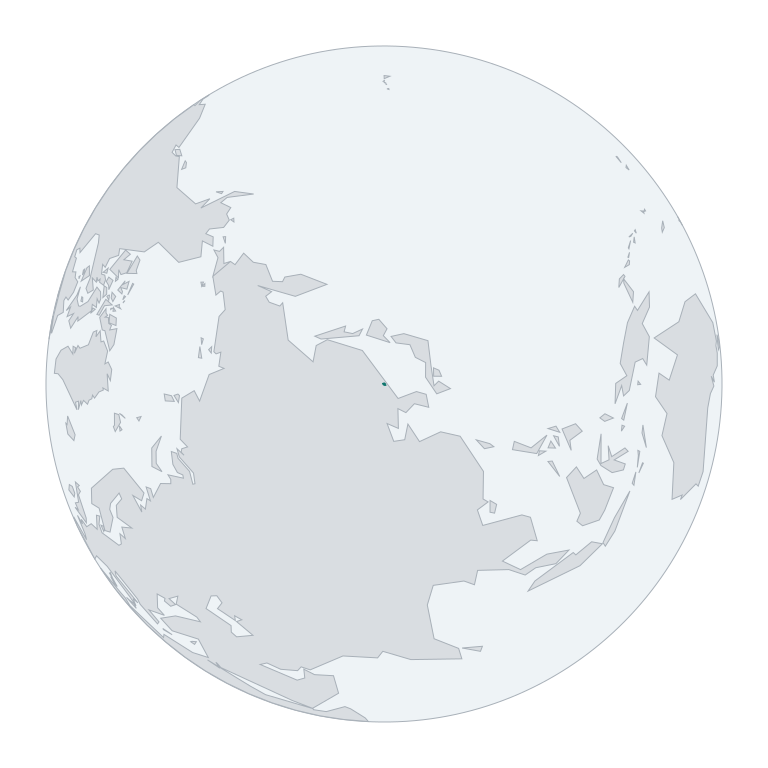 the Earth from above Rasŏn, rotated 275°
{"feature_id": "PRK-5495", "entity_name": "Rasŏn", "entity_type": "Province", "adm_level": 1, "iso_a3": "PRK", "parent_name": "North Korea", "parent_adm1": "", "projection": "orthographic", "projection_center": [130.457, 42.392], "detail": "fine", "context": "on_globe", "style": "filled", "palette": "teal", "viewbox_px": 768, "rotation_deg": 275, "n_neighbors": 0, "source": "natural_earth", "source_scale": "10m", "svg_char_len": 12361}
<svg xmlns="http://www.w3.org/2000/svg" viewBox="0 0 768 768"><g transform="rotate(275 384 384)"><circle cx="384" cy="384" r="338" fill="#eef3f6" stroke="#a8b0b8"/><path d="M631.1,595.1L630.8,596.4L630.5,596.8L631.1,595.1ZM645.7,170.3L644.8,171.4L650.1,175.7L656.6,184.3L656.2,184.3L652.1,178.9L646.2,175.6L647.1,181.5L632.7,177.1L601.8,159.1L604.0,156.0L596.3,152.7L593.0,156.7L592.7,160.3L561.6,160.6L547.0,180.6L553.4,194.4L543.3,186.2L562.8,218.4L561.9,237.6L556.2,211.5L550.4,205.6L546.4,216.0L539.6,212.4L533.8,215.6L526.0,210.6L523.2,196.6L518.2,193.4L515.7,201.0L506.3,201.5L510.7,190.6L494.8,190.5L487.3,168.9L505.5,146.8L494.7,133.7L495.8,108.9L489.0,108.4L485.1,99.7L475.9,96.1L478.7,93.3L468.9,93.0L468.1,96.4L463.5,97.5L457.9,96.0L460.6,91.8L463.8,92.0L461.7,90.0L465.4,88.8L460.4,88.5L464.3,84.2L452.3,86.2L448.6,81.0L453.3,78.8L463.4,81.9L499.6,87.2L507.6,87.3L508.6,83.6L488.4,69.7L492.8,69.2L491.0,66.3L483.8,64.8L482.6,66.6L468.6,63.9L468.8,67.3L463.1,67.0L459.1,70.0L448.3,66.7L440.1,62.0L442.9,59.6L439.3,57.8L427.4,58.2L423.8,52.9L405.9,48.5L406.2,47.9L423.3,48.9L446.7,52.7L469.0,57.0L443.0,51.6L444.1,51.5L467.4,56.5L490.4,63.3L512.8,71.6L534.5,81.4L555.5,92.8L575.7,105.7L594.8,119.9L613.0,135.5L630.0,152.3L645.7,170.3ZM691.1,363.0L688.2,357.6L691.3,357.2L691.1,363.0ZM685.6,356.9L686.8,358.2L685.6,357.7L685.6,356.9ZM684.1,358.3L685.2,357.3L684.2,359.1L684.1,358.3ZM682.4,360.9L683.2,359.2L683.2,359.7L682.4,360.9ZM678.8,363.0L677.8,363.3L678.3,361.2L678.8,363.0ZM593.7,162.7L593.7,157.3L599.2,155.4L600.0,160.1L593.7,162.7ZM582.1,167.7L580.2,163.7L589.0,166.5L587.4,167.9L582.1,167.7ZM559.5,205.6L560.8,199.9L561.8,206.8L559.5,205.6ZM534.3,217.0L536.1,219.9L532.3,220.4L534.3,217.0ZM465.2,71.8L462.2,70.9L464.6,70.8L465.2,71.8ZM466.3,74.1L471.2,74.6L472.4,75.8L469.4,75.5L466.3,74.1ZM517.0,213.4L510.3,213.7L516.6,210.9L517.0,213.4ZM460.1,73.4L474.0,78.0L476.0,80.2L466.3,81.1L460.1,73.4ZM506.2,212.3L490.1,214.0L492.7,220.4L476.3,204.1L495.4,207.6L502.7,202.9L501.8,208.6L506.2,212.3ZM470.2,98.2L470.8,94.5L475.4,99.1L470.2,98.2ZM474.3,100.9L494.9,114.9L491.2,120.0L485.1,114.0L484.4,122.4L472.4,118.0L470.1,112.4L474.8,109.8L466.6,110.2L474.3,100.9ZM469.8,195.3L465.5,193.9L469.5,192.7L469.8,195.3ZM462.0,98.4L466.5,100.5L463.6,105.0L454.0,101.6L458.0,101.2L462.0,98.4ZM490.0,127.1L486.2,130.1L475.5,127.3L472.5,128.2L471.8,118.3L490.0,127.1ZM455.9,99.4L449.3,99.9L445.6,96.4L457.4,96.7L455.9,99.4ZM466.9,107.7L465.0,109.8L462.9,107.5L466.9,107.7ZM428.8,85.5L434.3,87.4L433.3,89.8L428.8,85.5ZM447.1,100.3L448.3,101.5L448.6,102.8L443.5,102.5L447.1,100.3ZM464.3,117.2L460.6,115.6L464.0,121.1L456.1,119.6L457.1,113.4L453.3,115.4L450.9,115.0L454.4,110.6L464.3,117.2ZM439.1,106.3L437.6,98.7L427.7,94.3L428.3,91.9L444.1,99.5L439.1,106.3ZM447.8,109.1L442.5,106.7L446.0,104.7L451.7,105.1L447.8,109.1ZM450.4,120.9L462.3,124.8L461.7,126.0L450.4,120.9ZM435.5,105.3L436.0,107.2L434.4,105.2L435.5,105.3ZM445.1,116.4L449.3,117.5L448.5,118.9L445.1,116.4ZM433.3,110.3L432.8,107.7L436.7,107.8L433.3,110.3ZM438.1,113.4L436.0,115.1L438.3,109.4L440.2,113.6L438.1,113.4ZM443.6,117.6L444.5,118.7L441.9,116.9L443.6,117.6ZM418.9,111.9L421.0,104.8L429.5,104.7L426.4,111.6L418.9,111.9ZM176.0,117.7L153.6,139.5L148.5,144.8L141.1,150.2L112.2,186.5L115.4,186.6L99.8,216.8L96.2,232.8L113.7,221.3L119.7,194.5L131.2,182.0L134.8,196.5L131.1,221.8L135.5,217.8L146.6,196.2L154.7,197.1L151.5,188.6L146.1,195.6L144.0,190.9L148.7,184.2L151.4,184.5L155.1,176.3L141.3,178.0L134.4,185.4L138.5,169.5L127.4,180.6L125.3,179.3L143.3,160.3L148.4,157.2L174.4,132.3L169.4,133.9L144.5,157.9L148.3,152.7L141.4,156.3L149.6,149.6L178.2,124.2L187.8,112.6L184.5,111.2L184.9,110.9L215.7,90.9L224.7,86.4L203.0,101.3L208.6,99.3L226.4,90.1L218.3,95.8L222.8,94.3L215.9,100.3L219.3,104.5L214.3,110.9L228.2,109.0L227.6,112.4L219.5,112.3L211.2,116.1L200.2,134.0L201.8,136.3L211.8,134.0L207.5,139.8L218.6,135.3L218.5,145.4L227.9,129.8L239.8,127.9L246.7,132.7L252.3,129.6L241.2,122.0L235.2,121.7L227.4,125.7L212.6,124.0L213.7,118.8L235.5,111.0L239.4,103.3L254.7,101.6L275.4,121.2L277.5,132.1L254.5,154.4L246.6,152.7L251.1,143.5L235.3,153.9L242.2,152.1L238.6,157.2L249.2,157.8L247.2,161.5L260.7,156.0L259.4,160.7L250.9,164.1L265.4,170.1L266.1,180.3L270.4,179.9L274.7,176.7L272.7,192.4L275.9,191.5L277.8,185.9L285.5,180.7L298.2,178.0L296.8,183.6L292.0,185.3L280.0,197.9L267.5,202.3L268.2,204.4L278.7,202.0L293.5,186.5L301.5,183.4L295.6,191.0L298.4,187.9L301.9,188.2L304.2,193.8L311.2,185.8L352.3,183.8L360.8,195.5L350.9,201.8L378.2,209.0L385.6,223.3L387.3,217.9L401.5,218.7L399.4,214.1L401.3,211.7L436.9,213.8L444.2,219.3L461.5,215.7L462.4,213.2L457.9,208.8L476.3,204.1L492.7,220.4L489.9,225.2L502.1,232.8L493.9,243.2L492.7,255.9L476.6,264.0L477.1,274.0L481.9,275.9L486.1,291.6L478.3,318.5L463.6,288.0L471.1,249.6L466.2,264.0L461.1,258.5L455.5,262.5L452.6,273.4L456.1,276.0L419.4,284.7L399.9,311.4L416.4,313.1L423.2,323.7L415.5,359.5L370.8,399.3L379.3,417.0L377.4,426.9L364.7,430.6L367.0,416.0L357.4,408.3L360.7,400.0L341.0,402.2L344.9,390.5L327.7,398.7L330.3,409.5L346.2,411.3L329.7,424.4L341.3,444.6L338.6,464.4L305.6,490.7L278.1,492.7L275.6,498.0L266.7,488.0L251.7,494.7L265.6,532.8L264.0,541.5L241.2,550.3L241.3,543.8L217.9,517.4L211.0,536.2L228.7,561.1L234.7,582.7L220.0,570.9L214.2,551.2L206.0,541.3L210.0,524.5L206.5,493.5L191.9,491.6L194.7,480.8L187.7,450.6L167.6,446.4L134.6,456.1L127.1,481.4L117.0,485.5L111.8,434.8L117.6,406.1L110.6,401.5L109.5,366.8L92.8,335.4L95.0,326.1L90.9,322.9L90.8,306.0L95.9,291.7L93.8,285.1L81.4,323.3L84.2,330.7L92.9,329.0L88.4,340.1L89.0,359.1L72.0,365.7L54.7,341.1L60.7,320.3L87.3,246.2L90.8,242.6L91.3,242.0L92.1,240.7L86.6,245.2L93.8,232.2L71.3,277.3L64.2,293.1L54.4,341.6L53.4,342.0L52.6,355.0L59.2,373.2L57.5,379.1L49.7,394.4L46.4,397.8L46.3,373.2L47.9,348.6L51.4,324.2L56.7,300.1L63.7,276.4L72.4,253.4L82.7,231.0L94.7,209.4L108.2,188.8L123.1,169.2L139.5,150.8L157.1,133.6L176.0,117.7ZM119.3,259.2L122.2,275.4L134.5,257.8L136.7,262.9L140.1,255.4L135.4,256.5L145.7,237.7L151.9,241.7L158.5,235.9L157.8,230.2L144.8,226.3L130.0,252.7L123.5,253.5L119.3,259.2ZM401.7,46.5L402.6,46.6L404.1,46.7L414.4,47.4L422.9,48.3L407.1,47.8L411.5,47.5L400.6,46.5L399.4,46.4L401.7,46.5ZM438.9,51.1L431.0,49.6L440.3,51.3L438.9,51.1ZM254.8,82.4L248.2,85.5L244.5,85.2L251.0,79.3L256.4,79.3L254.8,82.4ZM239.6,90.1L259.5,85.1L256.3,89.3L254.8,87.7L250.6,90.9L247.0,89.3L224.5,99.0L219.8,99.6L234.3,87.0L232.1,90.4L238.7,86.9L239.6,90.1ZM316.0,71.8L324.6,71.6L306.5,80.7L300.6,80.0L306.6,73.4L317.2,70.5L316.0,71.8ZM440.2,74.8L444.6,75.4L443.9,76.4L439.5,76.6L440.2,74.8ZM431.5,86.2L420.0,73.5L424.5,73.4L412.3,67.0L419.5,64.5L427.1,68.6L423.5,62.4L433.3,65.0L429.5,61.1L445.7,70.3L454.4,73.1L442.0,70.8L435.2,72.9L434.9,74.6L440.3,81.9L455.5,89.6L451.2,93.6L444.1,94.4L439.8,93.1L443.9,90.8L435.2,90.8L437.9,86.5L431.5,86.2ZM363.5,111.1L370.1,107.3L353.0,109.9L355.6,104.3L353.5,104.9L351.2,100.7L344.7,96.9L347.5,94.6L343.8,94.2L342.2,91.6L338.0,90.4L341.5,86.1L336.7,84.4L341.1,83.4L331.8,81.8L340.2,81.1L339.0,78.3L331.5,80.4L360.3,63.7L365.8,58.4L365.9,54.7L380.3,55.1L389.5,59.3L394.1,65.9L386.7,71.4L394.5,71.0L393.3,73.7L387.6,72.9L395.7,75.8L393.1,78.0L397.3,86.1L410.4,89.9L412.3,93.3L405.9,92.9L412.2,96.6L401.3,98.4L402.4,101.0L392.7,105.8L379.7,104.2L381.9,107.3L374.7,111.5L363.5,111.1ZM415.9,113.1L399.7,111.5L393.2,107.9L412.8,101.3L413.3,98.6L425.6,95.0L434.8,100.5L430.4,100.9L428.3,102.7L426.3,100.3L426.3,103.6L420.3,104.5L418.7,107.4L413.9,106.0L415.9,113.1ZM149.0,146.1L146.3,149.6L143.3,154.1L138.9,156.8L149.0,146.1ZM168.3,128.5L166.7,130.7L159.0,135.9L161.9,132.7L168.3,128.5ZM172.3,127.8L167.2,130.4L171.7,127.0L172.3,127.8ZM218.7,114.4L217.8,117.0L215.1,118.1L212.6,117.7L218.7,114.4ZM313.2,120.4L318.0,118.1L319.4,119.1L331.4,118.0L330.4,122.5L322.8,124.9L313.2,120.4ZM110.9,219.5L108.1,218.0L110.4,213.9L110.9,215.2L110.9,219.5ZM121.2,185.0L115.8,194.8L120.1,185.7L121.2,185.0ZM314.1,125.1L319.2,124.1L315.6,127.0L314.1,125.1ZM330.3,125.8L327.2,129.3L331.7,123.0L330.3,125.8ZM317.6,645.6L328.0,648.4L327.7,649.3L317.6,645.6ZM306.7,639.9L318.4,642.6L304.9,641.8L306.7,639.9ZM323.0,643.6L334.9,643.6L340.0,642.7L339.2,644.7L323.0,643.6ZM298.9,638.3L257.6,626.8L241.7,618.6L245.1,616.0L270.8,625.2L298.9,638.3ZM243.9,615.5L220.1,595.1L190.3,545.6L200.9,551.5L232.6,587.2L230.5,590.0L244.9,604.6L243.9,615.5ZM302.9,611.6L300.7,621.7L277.6,614.9L267.3,610.3L260.1,594.2L264.1,588.1L272.4,590.9L306.7,574.0L318.2,582.9L307.3,591.4L316.9,603.3L302.9,611.6ZM127.8,484.8L131.3,504.9L126.1,503.4L127.8,484.8ZM321.9,558.3L307.2,567.1L321.1,554.1L321.9,558.3ZM331.0,544.7L331.2,551.1L326.2,544.0L331.0,544.7ZM273.9,506.7L265.0,505.4L265.5,500.8L277.2,499.8L273.9,506.7ZM336.4,480.8L333.8,494.6L331.1,498.9L328.3,489.7L336.4,480.8ZM312.8,166.8L297.1,162.8L285.1,164.0L277.3,170.5L281.6,160.0L300.0,158.2L312.8,166.8ZM347.6,180.8L354.3,175.8L356.0,179.6L354.6,181.3L347.6,180.8ZM348.4,176.6L348.1,167.6L354.9,165.9L353.8,173.3L348.4,176.6ZM330.4,144.8L325.8,143.1L328.9,140.6L330.4,144.8ZM449.8,715.0L447.2,714.1L462.2,711.3L457.9,713.3L449.8,715.0ZM567.8,667.6L571.3,665.2L572.4,663.6L573.9,663.5L576.6,661.7L567.8,667.6ZM388.4,708.6L324.5,709.5L309.6,705.9L311.7,703.5L294.7,689.4L299.4,690.7L294.2,681.0L330.9,679.6L356.8,665.4L379.2,668.5L395.0,655.6L418.8,657.0L412.7,667.8L438.6,673.8L453.4,649.1L471.7,672.3L492.2,676.7L501.0,686.4L473.8,706.2L455.7,711.4L451.1,711.3L443.9,713.3L431.1,714.4L421.6,711.2L414.6,713.0L420.3,709.3L410.7,712.8L402.9,710.0L388.4,708.6ZM559.5,648.0L563.6,647.0L570.9,647.4L564.2,649.6L559.5,648.0ZM620.7,606.2L623.0,606.3L618.5,609.6L620.7,606.2ZM630.5,596.8L625.1,601.1L631.1,595.1L630.5,596.8ZM578.5,627.9L580.8,628.3L579.2,629.5L578.5,627.9ZM576.8,628.1L578.9,624.9L578.9,627.3L576.8,628.1ZM556.2,622.2L558.4,620.1L559.6,620.8L556.2,622.2ZM343.5,650.9L357.7,645.3L365.8,645.5L343.5,650.9ZM552.4,620.4L546.4,621.9L547.0,620.3L552.4,620.4ZM552.6,617.0L551.8,615.1L555.9,618.7L552.6,617.0ZM540.9,615.5L548.4,617.2L540.0,616.2L540.9,615.5ZM536.6,617.1L531.3,616.7L531.6,615.9L536.6,617.1ZM479.4,630.1L498.9,640.0L483.8,641.8L466.7,636.0L454.3,644.2L425.7,644.1L431.9,639.5L427.7,632.3L398.9,628.9L393.0,623.7L403.1,620.9L384.4,615.9L404.8,614.8L413.4,625.2L425.1,617.5L445.8,619.1L466.3,621.2L483.3,626.9L479.4,630.1ZM405.4,636.8L409.0,636.9L406.0,639.7L405.4,636.8ZM521.2,613.6L528.9,616.6L528.0,617.9L524.3,618.0L521.2,613.6ZM487.1,624.7L505.2,614.2L509.6,613.6L497.7,624.5L487.1,624.7ZM500.6,609.5L509.2,609.3L513.9,613.1L512.2,614.7L500.6,609.5ZM363.7,624.7L362.9,627.4L357.7,624.6L363.7,624.7ZM370.3,623.7L386.2,628.1L368.9,626.0L370.3,623.7ZM323.7,607.1L328.1,614.8L342.1,612.7L331.5,617.2L341.3,629.6L338.2,633.1L328.4,619.9L325.4,631.3L319.3,630.0L315.6,619.0L321.7,607.2L327.8,602.9L353.3,604.6L323.7,607.1ZM370.1,615.5L366.0,607.1L369.1,602.0L373.6,606.7L370.1,615.5ZM354.3,585.6L344.1,574.1L334.2,576.3L354.7,565.3L361.1,578.3L354.3,585.6ZM346.5,562.2L337.2,564.2L347.2,557.5L346.5,562.2ZM335.1,560.4L334.7,553.0L341.7,555.2L335.1,560.4ZM351.2,563.3L353.9,551.3L357.0,559.0L351.2,563.3ZM333.2,536.1L347.3,550.8L328.0,542.2L329.8,517.7L338.2,518.8L333.2,536.1ZM396.7,440.7L396.1,432.8L404.4,431.9L402.5,437.6L396.7,440.7ZM431.0,424.0L406.4,429.2L386.6,434.0L391.6,438.2L385.2,450.6L378.8,437.4L394.4,424.8L409.0,423.6L413.3,412.9L425.4,406.4L426.0,392.4L432.0,386.9L435.9,399.4L431.0,424.0ZM425.7,386.5L431.2,362.2L446.0,366.8L448.0,373.2L439.3,382.2L432.1,379.1L425.7,386.5ZM436.9,357.8L429.9,354.9L423.3,317.4L425.6,310.9L438.4,340.7L432.5,339.7L431.5,348.4L436.9,357.8ZM465.7,197.0L465.5,194.2L468.4,196.8L465.7,197.0ZM399.8,209.2L402.9,206.3L406.2,209.1L399.8,209.2ZM413.2,200.1L407.3,198.9L414.1,197.8L413.2,200.1ZM394.1,196.8L405.3,197.3L393.8,200.2L394.1,196.8Z" fill="#d9dde1" stroke="#a8b0b8" stroke-width="1"/><path d="M384.2,382.7L384.3,382.8L384.3,383.1L384.4,383.3L384.4,383.5L384.5,383.7L384.6,383.8L384.8,383.9L384.9,384.1L384.9,384.3L384.9,384.5L385.1,384.6L384.9,384.6L384.7,384.7L384.6,384.8L384.6,384.7L384.4,384.4L384.2,384.3L384.0,384.5L383.9,384.5L383.9,384.4L383.8,384.5L383.7,384.5L383.7,384.8L383.8,384.8L383.7,384.9L383.6,385.0L383.4,385.2L383.3,384.9L383.1,385.1L382.9,385.3L382.8,384.9L383.0,384.7L383.2,384.4L383.2,384.1L383.2,383.8L383.4,383.8L383.7,383.7L383.9,383.6L384.0,383.3L384.0,383.1L384.0,382.9L384.1,382.7L384.2,382.7Z" fill="#14b8a6" stroke="#0f766e" stroke-width="1.5"/></g></svg>